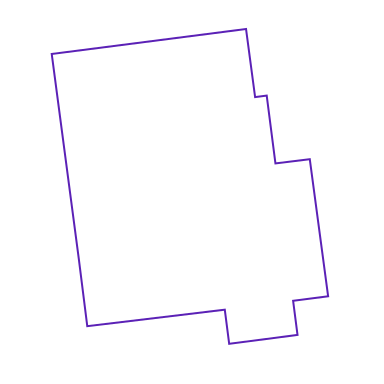 outline of Putnam, Ohio, United States of America, rotated 263°
{"feature_id": "52423323B37159201054732", "entity_name": "Putnam", "entity_type": "district", "adm_level": 2, "iso_a3": "USA", "parent_name": "United States of America", "parent_adm1": "Ohio", "projection": "orthographic", "projection_center": [-84.197, 41.013], "detail": "fine", "context": "isolated", "style": "outline", "palette": "violet", "viewbox_px": 384, "rotation_deg": 263, "n_neighbors": 0, "source": "geoboundaries", "source_scale": "gbopen_adm2", "svg_char_len": 324}
<svg xmlns="http://www.w3.org/2000/svg" viewBox="0 0 384 384"><g transform="rotate(263 192 192)"><path d="M36.8,210.4L37.3,279.3L71.7,279.1L71.9,314.4L210.2,312.9L210.2,278.3L278.6,277.9L278.5,266.2L347.2,265.5L346.1,69.6L139.2,71.5L71.6,71.7L71.2,210.2L36.8,210.4Z" fill="none" stroke="#5b21b6" stroke-width="2"/></g></svg>